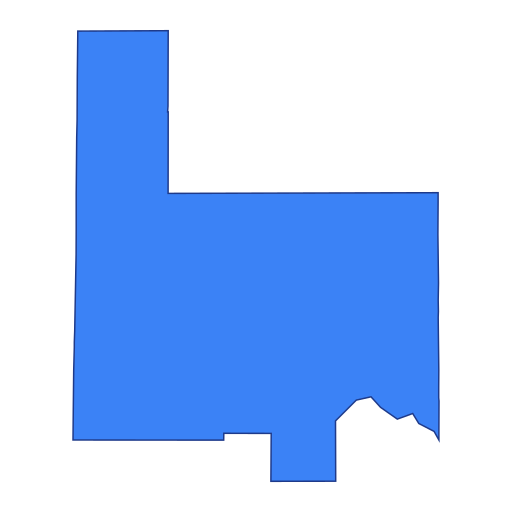 Bonner, Idaho, United States of America
{"feature_id": "52423323B26002580229088", "entity_name": "Bonner", "entity_type": "district", "adm_level": 2, "iso_a3": "USA", "parent_name": "United States of America", "parent_adm1": "Idaho", "projection": "equal_earth", "projection_center": [-116.598, 48.369], "detail": "fine", "context": "isolated", "style": "filled", "palette": "blue", "viewbox_px": 512, "rotation_deg": 0, "n_neighbors": 0, "source": "geoboundaries", "source_scale": "gbopen_adm2", "svg_char_len": 802}
<svg xmlns="http://www.w3.org/2000/svg" viewBox="0 0 512 512"><path d="M438.3,327.3L438.2,317.3L438.4,311.4L438.2,299.8L438.5,283.2L437.9,234.4L438.1,202.6L438.1,192.7L168.1,193.4L168.2,111.9L167.6,111.9L168.0,106.1L168.2,30.7L77.8,31.1L77.3,76.4L77.1,120.0L76.8,133.3L76.7,136.9L76.2,193.7L76.2,226.5L76.2,229.8L76.2,230.0L76.1,254.2L76.1,254.4L74.7,331.1L74.3,342.2L74.3,342.4L74.3,343.8L74.3,344.2L74.3,345.2L74.3,345.6L74.3,347.2L73.7,370.3L73.5,388.9L73.3,407.8L73.0,440.0L199.8,440.1L223.7,440.1L223.8,433.3L271.2,433.4L270.9,481.3L335.7,481.2L335.5,420.9L356.3,400.1L371.0,396.8L380.6,407.4L397.3,419.1L412.7,413.5L418.8,423.5L434.1,431.4L438.9,440.0L438.9,429.4L439.0,401.0L438.7,397.9L438.7,392.9L438.7,387.5L438.8,370.4L438.3,327.3Z" fill="#3b82f6" stroke="#1e3a8a" stroke-width="1.5"/></svg>